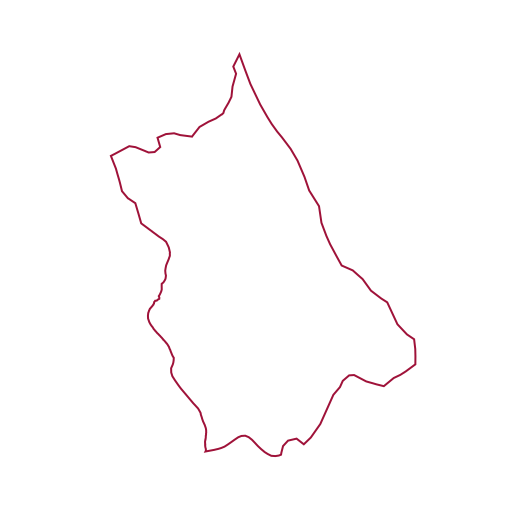 As Sawd, Hajjah, Yemen (Equal Earth projection), rotated 341°
{"feature_id": "15242507B88487972581206", "entity_name": "As Sawd", "entity_type": "district", "adm_level": 2, "iso_a3": "YEM", "parent_name": "Yemen", "parent_adm1": "Hajjah", "projection": "equal_earth", "projection_center": [43.734, 15.824], "detail": "fine", "context": "isolated", "style": "outline", "palette": "rose", "viewbox_px": 512, "rotation_deg": 341, "n_neighbors": 0, "source": "geoboundaries", "source_scale": "gbopen_adm2", "svg_char_len": 4167}
<svg xmlns="http://www.w3.org/2000/svg" viewBox="0 0 512 512"><g transform="rotate(341 256 256)"><path d="M153.9,159.9L158.8,166.4L159.1,166.7L159.1,166.8L158.6,178.5L158.1,187.8L170.5,206.0L173.4,209.7L175.6,213.3L176.2,218.3L176.3,219.7L175.8,224.6L175.2,225.9L174.9,227.1L174.4,228.1L173.3,229.4L172.5,230.5L171.5,231.6L169.2,234.2L168.0,235.6L166.6,238.0L165.4,240.3L164.7,243.1L164.5,245.1L163.9,246.4L163.0,248.1L161.8,249.3L159.9,250.8L157.8,251.6L157.3,252.9L156.0,256.9L155.9,257.1L154.8,258.7L153.5,260.1L152.2,261.4L151.0,262.3L151.1,263.7L150.6,265.0L148.8,265.3L147.9,265.8L147.0,265.8L146.1,265.5L145.2,266.2L144.7,266.4L144.5,266.8L144.3,267.2L144.1,267.7L143.5,268.1L143.2,268.6L142.8,268.7L142.7,268.8L141.8,269.5L141.2,269.8L140.9,269.9L140.5,270.3L140.2,270.4L139.5,270.8L138.9,271.2L138.5,271.3L138.2,271.7L137.7,272.2L137.5,272.5L137.0,272.9L136.8,273.3L136.5,273.6L136.0,274.3L135.6,274.7L135.3,275.4L135.2,275.5L135.0,276.0L134.8,276.4L134.5,277.0L134.3,277.6L134.1,278.2L134.0,278.8L133.7,279.4L133.6,280.1L133.6,280.6L133.6,281.4L133.6,282.0L133.6,282.9L133.6,283.9L133.7,284.4L133.8,285.2L134.0,286.2L134.1,286.8L134.4,287.5L134.5,288.1L134.6,288.5L134.8,288.9L135.1,289.7L135.3,290.7L135.5,291.5L135.5,291.8L135.7,292.2L135.9,292.7L136.1,293.1L136.3,293.9L136.6,294.4L136.9,295.1L137.0,295.5L137.3,296.2L137.5,296.6L137.6,297.0L138.2,297.9L138.3,298.3L138.5,298.7L138.9,299.6L139.3,300.3L139.5,300.9L139.8,301.6L140.2,302.4L140.5,303.1L140.7,303.8L141.0,304.3L141.1,305.1L141.4,305.4L141.6,305.8L142.0,306.8L142.3,307.6L142.5,308.0L142.6,308.3L142.9,309.3L143.2,309.7L143.3,310.3L143.5,310.8L143.6,311.3L143.8,312.2L143.9,312.8L144.1,313.5L144.1,314.4L144.1,315.4L144.2,316.2L144.3,316.6L144.3,317.2L144.3,317.9L144.3,318.4L144.5,322.2L144.6,323.2L144.8,324.2L145.1,325.5L144.1,328.0L143.1,329.9L141.9,331.6L139.2,334.5L137.9,338.6L137.8,342.5L138.9,347.1L140.5,352.7L141.5,355.9L142.2,357.9L142.3,358.1L145.2,365.6L148.7,374.7L151.6,381.3L152.3,385.0L152.5,386.4L152.5,386.7L152.3,387.3L152.2,388.1L152.2,388.6L152.2,389.2L152.2,389.8L152.2,390.4L152.2,391.2L152.1,391.9L152.1,392.5L152.1,393.1L152.1,393.3L152.1,393.7L152.1,394.7L152.1,395.3L152.2,396.0L152.3,396.7L152.3,397.6L152.5,398.5L152.5,399.4L152.5,400.3L152.5,400.8L152.5,401.6L152.5,402.2L152.4,402.9L152.4,403.5L152.2,403.9L152.1,404.6L152.0,405.0L151.8,405.6L151.6,406.0L151.4,406.9L151.0,407.5L150.8,408.0L150.6,408.7L150.4,409.1L150.0,409.6L149.9,410.1L149.6,410.6L149.5,411.1L149.3,411.5L149.1,412.0L148.6,412.6L148.5,413.2L148.1,413.5L148.0,413.9L147.7,414.3L147.5,414.7L147.3,415.2L147.1,415.8L147.0,416.5L146.7,417.0L146.6,417.9L146.3,418.2L146.2,419.1L146.0,419.5L145.9,420.2L145.8,420.8L145.8,421.7L145.5,423.0L145.2,423.8L144.6,424.4L153.4,425.7L155.6,425.9L157.3,426.1L160.1,426.2L160.9,426.2L164.2,426.0L168.2,425.0L171.7,424.0L176.1,422.7L180.2,421.6L181.7,421.5L183.6,421.4L187.3,422.4L190.1,424.9L192.4,428.5L194.1,432.2L195.1,434.5L196.0,436.5L198.0,440.3L199.9,443.4L200.2,444.0L202.6,447.0L205.4,449.9L209.2,451.5L212.6,452.1L215.0,452.0L215.9,450.3L219.7,444.5L226.2,441.0L234.9,441.9L239.9,449.6L248.7,445.5L262.1,435.8L284.0,412.4L292.7,407.3L297.4,402.3L305.2,399.2L310.0,400.5L319.4,410.5L325.2,414.5L328.0,416.5L334.5,420.7L346.5,416.2L353.6,415.4L360.0,413.9L371.4,410.3L374.0,403.0L376.3,395.8L378.4,386.2L373.2,379.3L367.5,366.6L365.0,342.6L364.9,342.4L360.6,337.0L353.4,326.2L349.3,312.6L346.1,307.0L342.8,301.1L333.9,292.9L332.1,282.5L329.9,269.0L329.1,260.0L328.7,245.9L331.8,229.4L327.6,211.4L327.6,197.0L326.3,179.3L323.6,165.9L319.1,152.1L316.5,145.2L313.8,136.2L312.0,128.3L309.3,114.2L308.4,106.4L306.7,91.6L306.3,77.3L306.0,59.9L296.2,69.5L296.5,77.2L289.0,88.1L284.6,97.5L280.0,102.1L275.1,106.3L273.3,107.9L271.7,110.2L270.0,111.0L269.8,110.9L262.7,112.9L254.8,113.6L244.6,115.6L234.9,121.9L234.4,122.3L223.7,117.0L218.5,113.3L210.5,111.4L201.4,112.1L200.9,121.8L194.0,124.7L188.2,123.2L186.5,121.7L185.9,121.2L185.5,120.8L177.8,114.1L177.4,113.8L171.9,110.9L157.5,113.2L156.3,113.4L151.4,114.1L152.0,127.8L151.7,132.8L151.4,139.2L151.2,142.3L150.4,151.1L153.7,159.8L153.9,159.9Z" fill="none" stroke="#9f1239" stroke-width="2"/></g></svg>